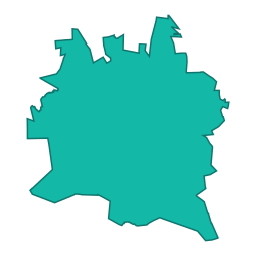 Tula, Tamaulipas, Mexico (Mercator projection)
{"feature_id": "50627088B8467253226066", "entity_name": "Tula", "entity_type": "district", "adm_level": 2, "iso_a3": "MEX", "parent_name": "Mexico", "parent_adm1": "Tamaulipas", "projection": "mercator", "projection_center": [-99.933, 22.948], "detail": "fine", "context": "isolated", "style": "filled", "palette": "teal", "viewbox_px": 256, "rotation_deg": 0, "n_neighbors": 0, "source": "geoboundaries", "source_scale": "gbopen_adm2", "svg_char_len": 4321}
<svg xmlns="http://www.w3.org/2000/svg" viewBox="0 0 256 256"><path d="M204.2,201.6L196.5,195.9L196.4,195.2L197.5,194.4L205.8,188.5L205.2,186.2L204.1,175.9L210.2,174.6L216.5,170.9L211.0,165.0L212.5,146.9L212.2,146.4L211.6,145.3L210.7,144.5L210.2,143.8L209.8,143.5L206.5,137.5L203.3,135.5L213.3,134.5L212.7,133.2L212.5,133.3L212.5,132.8L212.3,132.3L211.7,130.7L218.6,126.6L224.3,120.6L223.2,116.8L222.6,116.8L220.6,110.2L222.7,106.6L225.4,107.6L226.4,108.1L227.6,108.5L228.5,104.5L228.4,104.2L228.8,102.2L227.9,102.3L227.8,102.2L225.2,102.4L225.2,100.9L225.2,99.6L224.6,99.0L223.8,99.8L223.1,100.6L220.1,99.1L219.3,94.7L219.2,90.4L214.3,90.4L216.5,81.8L212.8,78.3L208.7,75.7L203.4,72.0L202.1,72.0L200.9,72.1L200.9,72.4L186.6,72.8L186.2,72.3L187.0,61.7L186.7,56.5L186.6,56.0L185.7,53.2L181.3,53.2L175.3,53.7L173.5,42.9L171.6,38.5L170.8,36.5L178.5,36.8L181.4,37.0L180.2,34.1L174.1,34.6L174.2,33.6L178.5,33.3L171.3,26.8L179.0,28.8L170.2,17.2L168.7,15.4L168.1,15.4L168.1,18.6L156.6,17.2L156.1,20.8L151.3,39.2L149.4,56.4L145.2,50.8L146.0,44.1L139.5,43.8L139.2,49.7L139.1,51.3L139.1,53.2L123.0,50.1L123.4,34.6L117.2,38.3L115.5,38.0L115.4,37.1L114.1,36.6L114.2,35.1L108.5,36.9L103.2,37.5L103.8,45.7L105.5,52.7L105.8,54.4L110.4,57.8L110.5,57.8L110.8,60.8L106.8,63.2L103.2,57.2L93.4,62.9L90.0,49.4L86.0,44.3L86.7,43.4L77.8,29.3L72.1,28.8L72.3,39.3L70.3,39.5L68.3,39.7L67.2,39.7L63.1,40.0L61.5,40.2L57.2,40.5L56.1,40.6L55.2,40.7L55.5,45.6L55.8,48.8L60.8,47.7L60.4,55.1L60.4,55.6L65.1,54.3L64.7,55.6L64.2,56.9L64.0,57.3L63.3,58.6L63.1,59.2L63.3,59.5L62.9,60.7L62.8,60.8L60.1,69.0L57.8,72.1L56.4,74.0L54.9,74.3L40.1,78.0L40.2,78.3L58.0,88.5L58.1,89.1L58.0,89.3L57.8,89.5L57.8,89.9L57.9,90.0L57.7,90.3L57.7,90.6L57.6,90.8L57.3,90.9L57.2,90.9L56.8,90.8L56.7,90.8L56.5,90.7L56.3,90.6L56.2,90.4L55.8,90.2L55.7,90.2L55.7,90.4L55.4,90.4L55.2,90.5L55.1,90.4L55.0,90.5L54.9,90.5L54.6,90.3L54.5,90.5L54.4,90.6L54.3,90.3L54.2,90.2L54.2,90.3L54.2,90.5L53.9,90.7L53.6,90.6L53.5,90.8L53.4,90.8L53.1,90.8L53.1,91.1L53.4,91.2L53.2,91.2L53.2,91.3L53.1,91.5L53.2,91.8L53.0,91.7L52.9,91.7L52.9,91.8L52.7,91.9L52.6,92.2L52.4,92.0L52.2,92.2L52.1,92.3L51.9,92.3L51.8,92.5L51.7,92.6L51.4,92.6L51.2,92.5L50.8,92.6L50.7,92.7L50.4,92.7L50.4,92.8L50.1,92.8L50.1,93.0L49.9,93.0L49.8,92.9L49.7,92.9L49.5,93.0L49.4,93.0L49.4,92.8L49.1,93.1L48.9,93.1L48.7,93.0L48.5,92.9L48.4,92.8L48.3,93.0L48.2,93.0L47.9,93.1L47.6,93.1L47.4,93.2L47.3,93.4L47.1,93.6L46.9,93.5L46.7,93.6L46.5,94.1L46.4,94.2L46.3,94.3L46.0,94.4L45.9,94.6L45.7,94.7L45.6,94.8L45.4,95.0L45.2,95.1L45.1,95.3L45.1,95.5L44.9,95.7L45.0,95.9L45.0,96.1L44.9,96.2L44.8,96.3L44.8,96.5L44.1,96.8L43.7,97.0L43.4,97.1L43.1,97.1L42.9,97.0L42.8,96.9L42.7,97.0L42.4,97.2L42.2,97.4L42.2,97.5L42.0,97.9L41.9,98.0L41.4,98.6L41.2,98.7L41.1,98.9L41.1,99.1L41.1,99.3L40.9,99.6L40.9,99.8L40.8,100.0L42.4,106.6L41.5,106.4L41.0,107.1L40.6,107.9L41.0,109.6L41.0,110.0L40.4,110.1L39.9,110.2L39.8,110.7L39.5,111.0L39.4,111.2L39.4,111.5L39.1,111.6L38.6,111.7L37.8,110.7L37.7,110.7L37.3,110.4L37.3,110.2L36.8,110.0L36.6,109.9L36.5,109.6L36.3,109.6L36.2,109.3L36.1,109.2L35.8,108.9L35.6,108.6L35.5,108.4L35.4,108.1L35.2,108.0L35.2,107.9L35.0,107.7L35.0,107.2L34.9,106.9L34.6,106.7L34.5,107.0L34.4,106.9L34.0,107.0L33.9,106.9L33.7,106.8L33.4,106.8L33.3,106.7L33.2,106.7L33.0,106.4L32.8,106.2L32.7,106.2L32.4,106.1L32.2,106.0L32.2,105.9L31.4,106.2L30.7,107.9L33.9,121.1L27.2,118.7L27.3,120.6L27.4,129.6L27.4,138.6L47.8,138.2L49.1,145.7L52.4,169.6L31.3,189.3L31.3,189.1L30.0,190.3L32.4,194.2L54.6,202.7L74.2,194.6L74.4,194.7L74.9,194.0L78.4,194.1L80.2,194.3L80.9,194.5L82.2,194.7L95.0,195.1L97.3,195.1L97.7,195.2L97.9,194.6L101.0,196.1L110.2,201.1L108.6,218.6L119.1,224.5L121.8,225.5L124.1,222.6L124.3,223.1L125.1,222.2L127.1,222.0L128.1,221.9L128.6,222.0L129.0,222.3L129.5,222.3L129.8,222.3L130.0,222.4L130.3,222.8L130.5,222.9L130.8,223.0L131.0,223.2L131.3,223.3L131.5,223.2L131.6,223.3L131.8,223.5L132.1,223.8L132.5,223.9L132.7,224.0L132.9,224.1L133.3,224.2L133.7,224.3L134.1,224.2L134.6,224.1L135.0,224.4L135.2,224.7L135.8,225.2L136.1,225.5L137.5,225.9L147.0,224.9L148.7,223.3L153.9,220.4L156.9,219.1L159.8,217.7L164.6,219.5L197.6,231.1L205.6,240.6L212.1,239.9L217.6,238.2L218.0,237.9L211.6,223.2L211.2,223.3L208.3,213.5L208.5,213.5L208.4,213.2L207.7,212.9L204.2,201.6Z" fill="#14b8a6" stroke="#0f766e" stroke-width="1.5"/></svg>